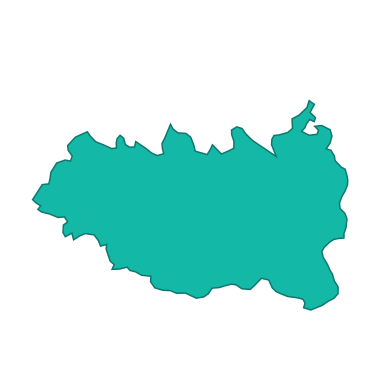 the district of Conselheiro Mairinck, Paraná, Brazil, rotated 277°
{"feature_id": "56859067B52916325925510", "entity_name": "Conselheiro Mairinck", "entity_type": "district", "adm_level": 2, "iso_a3": "BRA", "parent_name": "Brazil", "parent_adm1": "Paraná", "projection": "natural_earth1", "projection_center": [-50.121, -23.586], "detail": "fine", "context": "isolated", "style": "filled", "palette": "teal", "viewbox_px": 384, "rotation_deg": 277, "n_neighbors": 0, "source": "geoboundaries", "source_scale": "gbopen_adm2", "svg_char_len": 2222}
<svg xmlns="http://www.w3.org/2000/svg" viewBox="0 0 384 384"><g transform="rotate(277 192 192)"><path d="M239.5,113.7L235.8,111.2L231.6,110.8L226.5,111.7L225.3,106.9L228.2,97.7L230.1,90.4L235.0,84.3L239.0,80.7L232.3,69.7L222.9,62.9L218.2,64.1L213.2,68.7L207.8,67.6L208.3,62.3L204.3,54.2L194.3,49.5L188.2,49.5L182.6,48.9L181.1,42.5L165.0,34.7L161.9,39.0L159.8,43.5L156.0,41.1L153.8,45.1L153.0,52.4L150.4,62.3L151.7,68.4L147.2,72.2L143.5,68.4L136.0,68.9L132.2,71.7L136.5,77.8L130.1,80.3L134.6,85.7L137.7,90.9L137.5,100.0L132.6,104.8L127.1,107.9L129.6,113.7L125.0,113.7L119.5,116.3L113.5,119.2L110.5,123.6L105.5,122.1L106.7,129.4L109.5,136.8L106.6,139.9L105.9,145.6L103.2,152.2L103.4,161.4L97.8,161.9L92.4,166.7L90.9,175.0L91.5,182.6L89.6,189.0L90.9,197.8L87.1,209.3L89.4,216.6L93.0,220.6L99.0,223.7L100.5,230.8L102.9,236.1L105.3,242.2L105.3,247.0L102.0,253.3L102.4,261.7L107.6,266.0L114.8,271.4L114.0,278.9L106.6,283.4L103.4,287.7L101.7,293.1L100.0,299.5L99.8,310.4L99.0,315.4L95.4,317.7L90.7,316.9L89.4,324.3L92.2,329.3L95.6,335.4L99.4,339.5L104.0,346.0L108.9,349.3L115.5,348.6L121.0,344.2L127.7,341.3L131.5,338.2L136.0,335.7L143.3,330.1L148.9,328.1L153.4,330.1L159.4,335.1L162.3,338.7L163.8,343.3L164.8,348.4L169.5,347.9L175.3,349.2L180.1,349.1L184.1,349.1L189.5,346.3L193.6,341.0L199.0,339.7L206.3,341.5L211.2,343.7L218.1,345.5L223.1,345.1L227.8,343.5L233.2,341.3L235.0,336.9L240.7,330.1L245.0,329.0L250.3,324.8L251.3,319.9L257.2,323.0L264.6,324.1L270.6,321.5L273.8,312.6L272.1,305.8L268.7,310.1L264.5,309.1L262.6,301.3L265.5,293.4L269.3,296.1L274.2,297.6L278.2,299.9L276.8,304.7L280.8,305.5L285.4,299.5L293.9,302.8L296.9,297.1L289.9,295.9L281.4,289.0L276.7,282.4L267.4,284.0L262.7,279.7L259.2,271.3L258.1,266.5L254.2,264.9L248.6,265.2L237.5,271.3L246.4,253.8L250.5,245.7L256.6,237.9L261.1,234.0L262.1,228.5L258.3,223.7L253.8,224.4L247.3,227.5L240.5,228.2L237.3,223.4L233.3,216.6L241.3,206.5L236.2,204.9L231.0,202.5L232.9,190.2L238.6,188.1L246.2,184.1L249.4,178.9L249.0,170.8L252.3,165.4L256.6,162.4L242.8,158.6L236.5,156.3L231.6,157.3L226.6,159.3L223.9,153.0L225.9,146.9L229.9,140.4L235.2,130.0L229.7,129.5L228.9,124.6L231.0,120.1L237.1,117.6L239.5,113.7Z" fill="#14b8a6" stroke="#0f766e" stroke-width="1.5"/></g></svg>